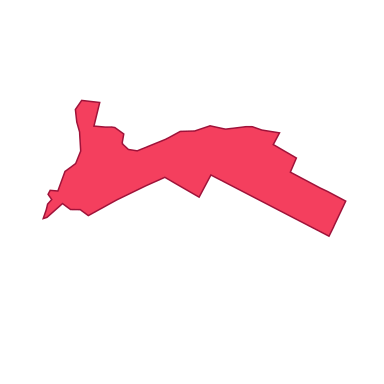 the district of Sakarcage, Mary, Turkmenistan, rotated 118°
{"feature_id": "10190150B2260035962137", "entity_name": "Sakarcage", "entity_type": "district", "adm_level": 2, "iso_a3": "TKM", "parent_name": "Turkmenistan", "parent_adm1": "Mary", "projection": "robinson", "projection_center": [61.097, 38.361], "detail": "fine", "context": "isolated", "style": "filled", "palette": "rose", "viewbox_px": 384, "rotation_deg": 118, "n_neighbors": 0, "source": "geoboundaries", "source_scale": "gbopen_adm2", "svg_char_len": 1336}
<svg xmlns="http://www.w3.org/2000/svg" viewBox="0 0 384 384"><g transform="rotate(118 192 192)"><path d="M166.7,50.3L166.3,50.3L156.1,50.6L155.8,50.7L127.9,52.0L127.9,67.2L127.9,72.4L128.3,80.9L128.3,114.5L113.0,115.8L112.0,141.2L112.0,142.5L99.1,142.5L98.7,142.5L104.5,159.4L105.8,167.9L106.0,169.3L108.9,174.9L116.7,186.0L117.4,187.1L120.7,191.8L121.5,194.4L125.1,207.2L125.5,207.5L136.9,218.3L144.0,230.8L156.1,238.8L156.4,239.1L157.7,239.9L181.4,259.7L181.6,260.3L184.3,268.1L184.0,269.3L182.2,276.0L181.6,276.2L181.4,276.7L172.8,279.5L171.3,290.4L172.4,293.5L175.3,298.8L179.2,308.1L179.9,309.5L156.3,315.5L162.8,332.1L162.9,332.4L173.9,333.7L184.3,326.6L191.7,319.5L191.8,319.4L193.7,318.3L199.4,314.8L208.1,309.5L220.2,308.2L221.5,308.1L227.7,311.0L232.9,313.5L233.4,313.8L246.9,311.9L254.1,310.9L257.1,318.0L261.6,318.0L262.9,315.5L264.5,312.3L270.5,313.8L273.5,313.0L276.4,312.3L284.7,311.0L285.3,310.9L284.4,310.0L283.7,309.3L282.4,308.1L278.1,306.5L270.3,303.6L263.0,300.9L263.9,295.1L264.3,292.3L264.5,291.0L260.2,282.7L260.0,282.4L260.3,280.9L261.5,272.5L260.8,272.0L249.6,264.7L249.2,264.4L243.3,260.6L234.6,254.9L233.3,254.0L232.1,253.1L208.1,235.6L194.0,224.6L191.8,222.9L191.8,222.2L192.2,212.2L193.2,183.3L190.5,183.3L168.1,183.3L168.1,182.9L166.7,50.3Z" fill="#f43f5e" stroke="#9f1239" stroke-width="1.5"/></g></svg>